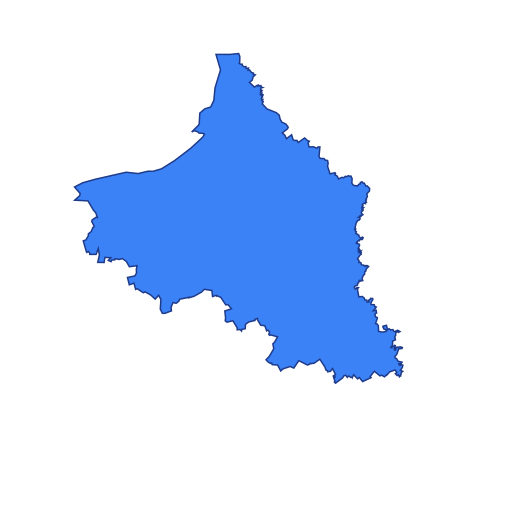 outline of Gert Sibande, Mpumalanga, South Africa, rotated 232°
{"feature_id": "47623444B27645248540404", "entity_name": "Gert Sibande", "entity_type": "district", "adm_level": 2, "iso_a3": "ZAF", "parent_name": "South Africa", "parent_adm1": "Mpumalanga", "projection": "natural_earth1", "projection_center": [29.797, -26.609], "detail": "fine", "context": "isolated", "style": "filled", "palette": "blue", "viewbox_px": 512, "rotation_deg": 232, "n_neighbors": 0, "source": "geoboundaries", "source_scale": "gbopen_adm2", "svg_char_len": 6114}
<svg xmlns="http://www.w3.org/2000/svg" viewBox="0 0 512 512"><g transform="rotate(232 256 256)"><path d="M337.7,360.7L341.6,360.8L345.4,358.8L348.8,359.2L352.7,361.0L356.3,360.3L365.2,355.2L372.1,354.6L373.3,356.9L374.8,356.2L375.2,357.8L376.1,356.8L377.5,358.0L377.2,358.9L378.3,359.7L378.5,360.8L380.1,360.5L380.3,359.7L379.4,359.1L380.7,358.8L381.7,360.8L382.5,360.5L383.1,361.1L382.3,361.6L383.4,361.7L383.0,362.6L384.5,362.2L385.4,363.3L384.7,364.9L385.7,364.3L387.3,364.7L387.4,363.7L389.0,363.3L388.8,362.4L389.4,362.7L389.8,361.6L390.0,358.8L396.8,357.7L396.9,361.4L398.9,363.8L399.2,366.9L400.8,365.7L401.7,366.6L403.5,365.4L406.5,365.5L407.2,364.1L408.7,365.8L409.9,363.7L411.5,364.7L412.3,363.3L414.1,362.5L415.7,363.2L416.4,362.1L418.1,361.3L418.4,362.2L423.2,366.1L426.2,367.0L431.0,359.4L439.5,348.6L424.5,342.6L413.7,327.2L404.5,318.5L401.3,312.0L403.5,306.3L403.2,299.7L395.2,292.7L394.5,291.5L393.3,281.7L392.8,284.4L389.7,286.6L388.0,286.7L385.2,289.8L383.8,290.4L382.5,287.4L382.0,282.2L381.1,271.1L381.3,250.5L382.9,235.2L386.1,227.1L389.3,223.1L393.5,213.9L401.9,205.3L415.3,176.9L420.4,164.5L422.1,155.5L413.5,155.9L412.1,154.3L411.6,147.5L402.9,157.5L392.2,156.1L388.5,156.3L384.0,154.7L385.0,153.8L385.3,149.0L384.2,147.8L379.3,146.9L378.5,145.9L378.9,145.1L376.7,141.1L376.7,137.6L375.1,136.2L373.4,131.9L374.3,129.2L363.9,125.0L362.9,124.9L362.9,126.7L360.5,126.7L359.6,126.0L355.7,131.0L359.0,136.3L353.2,133.2L348.4,127.4L344.4,132.3L347.9,136.1L344.1,140.5L343.5,136.9L340.8,138.3L341.7,139.8L339.9,142.3L340.6,143.4L337.6,145.9L336.2,149.1L331.6,150.5L325.5,149.6L321.6,156.3L319.2,153.5L316.2,151.4L314.9,148.3L318.2,141.5L311.3,138.4L309.7,143.1L303.8,140.6L303.5,142.2L296.4,144.6L295.9,146.6L289.8,149.1L284.1,150.0L285.0,155.1L280.3,154.3L273.1,147.9L268.5,146.9L266.9,148.9L264.8,155.6L267.9,157.5L270.4,161.9L267.9,164.0L267.9,167.5L269.0,169.1L264.7,177.8L264.4,177.4L262.4,182.4L261.1,190.9L261.6,194.7L256.0,200.0L250.8,196.8L249.5,200.4L248.6,200.3L248.6,200.9L245.0,202.8L236.1,202.1L235.0,204.0L232.2,204.1L229.5,204.1L231.9,197.6L226.2,194.1L223.8,191.8L221.7,192.4L219.2,197.9L211.0,197.0L209.5,195.7L207.8,198.2L205.8,198.4L206.9,199.6L205.3,202.8L208.6,205.6L208.5,209.7L205.8,215.5L206.7,216.1L205.9,218.7L204.7,217.9L198.6,217.1L195.6,220.0L190.4,218.3L190.2,219.9L187.7,219.9L186.4,217.8L185.0,218.0L184.6,219.2L179.0,223.2L176.6,217.4L176.4,215.2L172.0,212.9L168.8,204.9L168.0,200.0L164.1,200.5L162.1,201.6L162.0,202.4L160.4,201.9L156.7,205.9L150.2,204.7L150.4,207.9L147.9,214.9L144.4,216.8L147.2,225.3L138.6,229.3L137.8,231.0L138.1,232.6L137.4,232.8L135.7,235.9L135.4,242.7L126.3,242.0L123.0,240.9L121.6,241.7L120.6,241.2L119.3,243.7L120.2,247.0L113.7,245.7L113.9,243.0L113.1,242.7L112.8,244.0L111.8,243.7L112.4,242.4L108.7,241.1L108.5,240.2L106.8,240.4L106.6,249.2L107.5,251.4L106.8,253.3L104.1,253.2L104.4,255.2L101.8,256.1L101.4,257.4L101.0,257.2L102.3,259.8L96.6,260.4L96.7,262.6L91.4,262.7L89.3,271.8L90.7,271.7L92.3,278.3L85.2,279.9L84.6,281.8L81.7,282.8L82.0,285.6L81.6,285.6L82.4,289.9L80.5,295.5L77.4,295.2L77.5,293.3L74.9,293.6L74.8,294.9L72.5,294.7L73.1,296.2L72.6,296.3L74.8,298.9L74.8,300.6L77.1,299.4L78.0,302.6L79.6,304.5L80.7,303.8L81.1,302.2L82.0,301.8L83.2,302.2L81.8,303.8L82.4,305.7L85.8,303.1L88.2,303.6L90.2,303.0L91.5,303.7L91.6,305.9L95.0,311.5L93.2,314.0L93.8,315.0L95.4,313.9L97.7,310.4L96.0,307.9L96.8,307.3L97.7,307.8L99.7,310.6L100.3,310.2L100.0,309.1L100.7,307.7L100.0,306.8L100.9,305.9L101.9,308.9L104.8,311.2L104.1,314.3L107.0,315.7L107.4,317.1L109.7,319.1L109.2,320.9L108.1,321.3L107.8,322.9L110.2,322.0L111.1,318.8L112.0,318.2L113.7,318.6L114.9,316.6L116.8,316.1L116.8,314.3L121.1,316.1L122.5,312.9L122.2,312.4L119.7,311.8L117.8,313.1L116.4,312.1L118.3,308.6L121.2,306.2L125.8,309.5L127.8,309.6L129.2,308.6L132.3,313.4L133.1,313.6L134.5,312.7L136.4,313.6L137.2,314.4L136.8,315.9L139.4,317.3L140.6,314.8L141.7,319.3L143.1,318.5L144.7,319.2L147.0,316.8L148.4,317.7L149.7,321.2L150.7,321.8L152.1,320.1L151.6,319.3L151.8,317.4L150.3,316.7L151.3,315.1L153.0,316.1L154.5,314.7L156.3,315.4L158.7,314.8L160.5,311.9L167.5,315.5L168.0,317.3L168.9,316.4L168.9,313.8L170.9,314.3L171.4,315.6L170.6,318.0L172.0,319.4L171.7,320.3L173.2,322.4L172.7,323.0L172.1,322.6L170.9,325.0L172.9,325.6L174.7,328.7L174.6,330.1L176.8,332.2L176.5,333.2L177.9,335.0L178.4,338.3L179.9,337.7L180.2,336.5L180.8,336.7L180.9,335.4L182.5,335.3L183.5,334.0L184.8,333.8L185.8,334.5L187.2,334.0L187.5,333.1L188.9,334.3L191.3,334.3L192.7,338.4L192.6,339.9L193.7,339.9L193.2,340.3L194.0,341.2L195.0,340.8L195.2,341.5L195.7,339.6L196.1,340.5L196.7,340.1L196.4,341.1L196.9,340.8L196.7,342.1L197.2,341.1L197.3,341.7L198.4,341.6L198.3,342.3L198.7,341.6L198.3,341.2L198.9,340.9L200.6,344.1L201.6,344.7L204.2,342.9L204.8,343.4L204.3,345.0L204.9,344.4L205.1,345.8L204.4,346.8L205.2,347.5L203.6,349.9L204.3,351.6L205.3,351.6L205.7,349.4L208.0,349.2L209.0,349.9L211.2,349.1L211.1,349.6L211.5,348.6L212.7,348.6L213.2,350.0L214.5,349.7L215.5,350.7L216.1,350.2L216.5,351.4L217.1,351.2L220.3,355.2L221.4,358.3L220.8,359.2L221.0,360.6L222.4,361.7L223.1,360.9L222.8,362.6L223.6,362.3L223.5,363.5L222.9,363.8L222.7,365.7L225.1,365.4L226.3,366.9L225.8,367.6L226.2,368.6L227.2,369.3L227.0,368.3L227.6,368.2L228.4,369.0L227.9,369.5L228.0,370.7L229.4,369.7L230.0,371.4L231.0,371.4L231.1,373.5L229.9,374.5L230.8,375.1L230.4,376.1L232.0,376.3L232.2,377.6L233.1,377.7L234.2,380.3L236.9,381.8L237.3,385.3L239.2,387.1L242.8,386.8L243.5,385.6L246.7,386.2L247.5,385.2L249.1,385.3L249.7,383.5L248.7,382.6L249.2,381.2L248.8,379.0L251.7,376.3L254.3,376.3L257.8,379.4L260.6,380.0L260.9,379.0L262.4,378.3L262.8,376.0L263.8,375.5L263.7,373.2L265.1,372.1L265.9,368.5L269.0,369.2L271.3,368.1L271.9,369.4L273.0,369.5L275.2,364.9L282.6,367.6L284.6,369.9L287.2,371.2L288.9,369.6L290.8,369.6L293.5,366.6L295.7,367.0L302.6,373.5L303.7,372.2L303.4,370.4L306.8,368.4L309.2,365.0L312.9,366.5L313.6,368.7L315.1,367.7L319.1,367.0L319.4,359.1L321.8,359.5L323.6,357.2L325.0,356.9L329.6,358.7L329.7,352.2L333.3,353.1L336.8,352.5L336.8,359.1L337.7,360.7Z" fill="#3b82f6" stroke="#1e3a8a" stroke-width="1.5"/></g></svg>